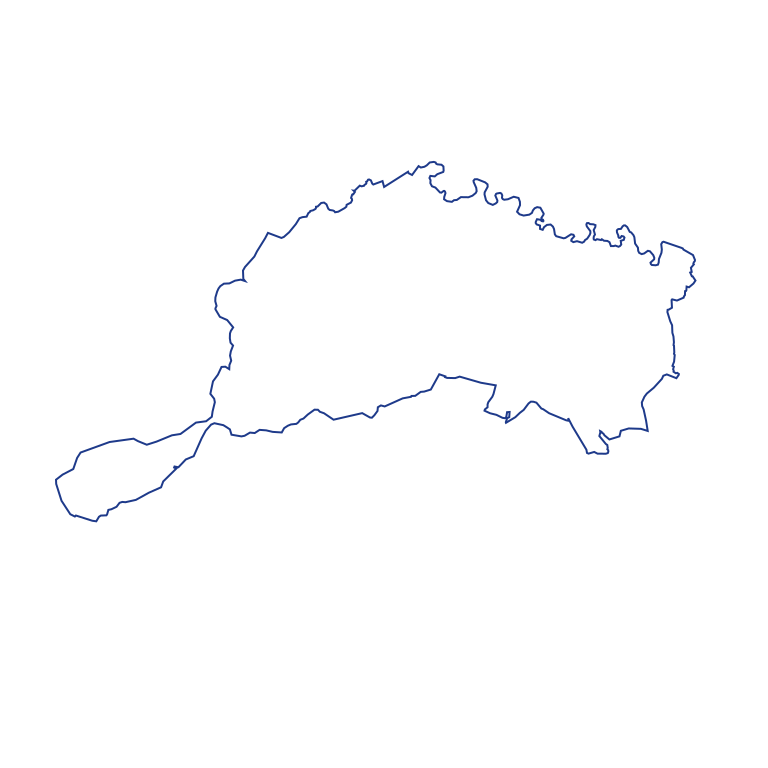 Dieci, Arad, Romania (orthographic projection), rotated 201°
{"feature_id": "2599482B18788112816328", "entity_name": "Dieci", "entity_type": "district", "adm_level": 2, "iso_a3": "ROU", "parent_name": "Romania", "parent_adm1": "Arad", "projection": "orthographic", "projection_center": [22.243, 46.362], "detail": "fine", "context": "isolated", "style": "outline", "palette": "blue", "viewbox_px": 768, "rotation_deg": 201, "n_neighbors": 0, "source": "geoboundaries", "source_scale": "gbopen_adm2", "svg_char_len": 6166}
<svg xmlns="http://www.w3.org/2000/svg" viewBox="0 0 768 768"><g transform="rotate(201 384 384)"><path d="M429.8,599.8L432.7,589.2L436.6,589.6L437.6,590.8L454.5,568.0L458.1,572.9L465.5,566.4L466.8,566.9L469.2,569.4L471.2,569.6L472.1,569.0L472.4,567.1L473.1,566.4L472.4,565.1L472.6,564.2L473.6,562.9L473.7,561.9L475.8,560.5L477.7,560.5L480.8,553.8L481.6,553.6L480.0,552.9L480.7,550.0L481.4,549.8L481.6,549.1L481.4,545.9L480.3,545.3L479.6,544.1L479.9,541.5L483.1,537.9L482.7,536.0L483.8,534.1L488.4,528.5L491.2,526.8L492.5,527.6L493.9,527.7L497.1,527.0L498.9,527.7L502.1,531.1L505.0,531.9L507.5,530.5L509.6,525.9L511.0,525.1L510.6,524.2L510.7,522.9L512.4,520.8L514.8,519.1L514.9,517.9L515.9,516.4L516.2,512.5L520.0,510.5L522.3,508.5L523.6,501.7L526.9,491.7L530.2,485.4L532.1,483.6L546.5,483.5L547.2,477.4L550.1,462.4L550.7,456.5L555.7,443.4L556.3,439.4L553.0,431.7L550.6,430.3L555.1,430.1L560.1,427.1L564.4,422.5L569.4,420.3L571.9,416.7L572.7,413.9L572.9,410.4L572.4,404.4L571.2,400.8L568.3,396.9L568.5,394.2L568.1,393.3L561.3,387.9L553.3,387.5L545.1,382.8L546.0,378.6L545.9,376.0L544.3,371.4L542.1,367.6L538.7,365.8L538.7,359.5L537.9,355.3L535.0,351.0L535.1,346.4L533.8,342.4L538.3,343.3L541.8,341.7L542.4,333.2L544.6,325.2L542.6,312.6L537.3,309.4L535.4,306.4L534.2,296.9L533.0,291.7L536.7,285.5L545.7,280.6L556.1,264.4L563.6,260.1L575.7,248.7L583.7,242.3L593.2,242.5L598.2,243.2L619.4,231.5L642.7,211.3L644.0,205.0L643.6,193.3L651.6,184.2L655.9,177.1L654.2,173.2L643.2,159.4L630.2,150.0L625.1,149.5L624.5,150.8L607.3,151.8L603.4,152.7L602.5,157.9L601.2,159.7L596.1,161.9L595.8,163.1L596.2,167.7L593.6,169.4L589.7,173.5L588.3,178.3L586.1,180.1L583.0,181.0L574.1,186.9L564.6,198.2L555.1,207.7L555.2,213.9L547.6,230.6L550.0,230.8L550.0,231.9L546.1,232.6L542.0,242.5L535.8,248.4L534.8,267.9L533.7,276.5L530.9,284.1L528.3,286.6L519.2,288.0L515.1,287.2L511.6,286.4L508.2,282.0L498.3,284.0L495.6,285.7L491.7,290.6L487.1,291.9L483.7,296.6L477.4,298.5L470.8,299.4L462.1,302.1L461.4,307.0L458.8,310.6L456.4,312.9L451.5,315.4L450.3,317.4L449.3,320.6L446.8,322.9L444.2,328.2L439.7,335.1L436.5,336.3L433.9,335.1L429.5,335.2L418.3,332.6L393.9,349.0L385.1,347.7L383.2,348.2L381.8,351.4L380.4,356.5L381.4,360.1L379.2,362.9L375.3,363.3L361.4,377.3L354.2,381.7L354.1,382.7L350.6,384.1L346.9,389.8L343.8,391.3L338.3,395.6L335.9,412.9L329.5,413.1L329.5,412.3L327.3,412.3L319.7,415.0L316.0,418.0L294.0,419.9L279.2,422.8L278.2,413.9L278.3,410.9L280.1,404.4L280.0,402.1L279.0,399.4L280.7,396.4L280.6,395.1L274.5,394.7L268.0,395.5L261.3,394.9L258.9,395.4L258.3,395.9L258.1,397.4L259.0,401.8L256.7,402.9L255.2,397.9L256.8,396.2L256.6,392.0L256.2,391.5L249.5,400.1L246.8,405.8L244.3,409.9L242.1,417.6L240.6,420.1L238.2,421.0L235.0,421.2L228.3,417.5L226.3,417.5L219.4,415.9L200.9,415.4L198.6,415.8L199.8,418.1L192.6,411.7L171.5,395.2L169.8,392.4L168.1,392.3L163.4,395.9L159.7,395.5L151.9,398.4L150.3,399.7L150.3,401.2L151.0,402.6L152.1,403.1L152.2,404.5L153.7,407.1L155.4,407.5L164.3,412.6L164.7,416.5L165.3,417.5L163.7,417.3L163.1,416.6L161.4,416.3L159.8,415.1L153.7,413.0L145.4,419.5L146.1,425.2L139.6,430.2L128.1,434.2L121.0,434.7L126.2,443.7L132.5,453.3L135.1,455.9L136.7,459.2L136.3,465.5L135.2,469.3L130.8,477.2L126.4,488.4L126.2,491.8L123.4,494.3L113.1,494.2L112.1,498.2L112.3,499.0L114.2,499.5L115.4,498.6L118.1,499.2L118.4,500.4L119.4,501.4L119.6,504.0L121.2,504.3L121.2,508.8L123.0,515.3L124.1,516.1L124.3,517.5L127.0,523.7L127.6,524.0L128.3,526.9L130.8,532.1L133.1,535.1L136.1,542.1L139.2,545.1L145.2,552.7L145.8,554.9L144.8,555.5L142.5,558.4L145.6,565.4L145.3,566.3L140.4,566.9L135.2,572.0L135.4,573.2L134.9,574.8L136.2,578.6L135.4,579.1L135.3,579.8L136.4,583.4L133.9,583.6L131.1,588.7L130.3,592.2L134.4,595.1L135.2,594.9L138.1,597.8L136.9,598.9L139.1,602.5L137.6,606.7L138.3,607.1L138.4,608.7L137.9,609.9L138.1,611.2L141.7,615.1L152.6,616.8L153.6,617.6L155.1,617.7L174.0,617.0L174.9,616.2L175.3,613.9L172.8,609.1L172.0,605.9L172.1,599.2L171.1,595.9L171.0,593.6L172.9,592.2L176.6,591.1L177.8,591.6L178.7,592.8L176.5,597.2L176.9,598.7L178.8,600.8L183.3,603.2L185.4,602.9L187.9,599.1L190.0,597.6L192.8,597.9L194.4,599.4L195.8,602.3L199.9,605.1L202.9,610.8L204.5,612.4L207.6,614.1L209.1,614.1L213.2,617.7L215.7,618.5L216.8,618.1L217.7,616.8L218.4,613.7L220.8,612.6L221.5,611.5L221.6,610.6L220.8,609.0L218.3,606.4L218.0,605.4L216.9,604.7L215.7,605.2L215.2,607.3L213.2,607.6L212.0,606.9L211.8,604.5L214.3,602.5L212.5,599.2L213.1,597.4L214.2,596.2L217.7,596.1L218.9,595.1L221.6,594.1L224.3,597.2L226.7,597.6L230.0,596.6L232.5,597.2L232.9,596.2L237.1,595.5L238.1,594.1L239.9,594.1L240.6,595.3L241.0,597.1L240.6,599.1L243.4,602.9L243.0,606.4L243.5,608.1L245.8,608.1L248.9,607.1L250.7,607.6L252.1,607.0L252.3,605.7L251.9,604.9L251.1,603.8L246.2,600.7L245.4,598.9L245.4,596.8L246.4,592.5L247.9,590.4L248.2,588.6L249.6,586.9L255.0,586.5L258.1,584.3L260.5,584.8L260.8,586.2L259.3,590.0L260.6,591.2L263.0,590.8L267.0,585.4L268.5,584.4L276.2,583.7L278.1,584.9L280.8,589.6L282.7,591.5L285.6,592.6L288.9,590.9L290.8,587.8L291.1,584.8L293.9,584.7L295.1,587.8L298.7,587.7L300.1,588.7L300.4,589.7L300.2,592.7L296.6,593.4L295.3,592.6L293.8,592.8L293.6,593.4L294.4,594.3L296.0,594.5L296.6,595.4L295.8,599.3L296.0,600.3L301.2,604.6L304.4,604.0L306.3,602.1L307.2,599.4L307.2,596.8L309.0,594.2L314.0,591.3L318.3,591.0L321.5,592.5L321.1,599.7L322.4,602.8L325.1,605.9L330.0,605.3L334.5,600.9L337.8,599.1L339.4,599.2L340.6,600.1L341.2,602.5L342.7,603.9L344.1,604.0L346.9,602.3L347.5,601.6L347.6,599.8L343.9,596.0L343.5,594.4L344.4,592.6L346.6,590.2L351.5,590.3L354.6,592.1L358.1,597.0L358.7,599.0L357.9,605.3L358.9,607.5L361.9,608.5L370.4,608.6L372.7,607.6L373.3,605.8L372.5,604.5L368.2,600.2L366.6,597.2L366.8,595.2L368.9,591.5L372.1,588.6L379.2,586.0L382.0,581.9L384.5,580.7L385.9,578.4L390.7,577.3L394.1,578.0L394.8,580.2L395.0,584.2L395.9,585.4L396.8,585.9L397.5,585.6L399.0,583.2L400.4,582.9L406.4,585.8L410.1,585.8L412.7,588.1L413.6,591.0L415.4,592.6L415.3,594.9L411.0,596.0L409.4,599.0L404.7,603.2L404.8,604.6L406.5,608.4L408.9,609.3L412.9,608.2L414.1,608.3L415.2,609.3L417.1,609.2L420.7,607.2L422.4,603.5L424.1,601.3L427.2,599.3L429.8,599.8Z" fill="none" stroke="#1e3a8a" stroke-width="2"/></g></svg>